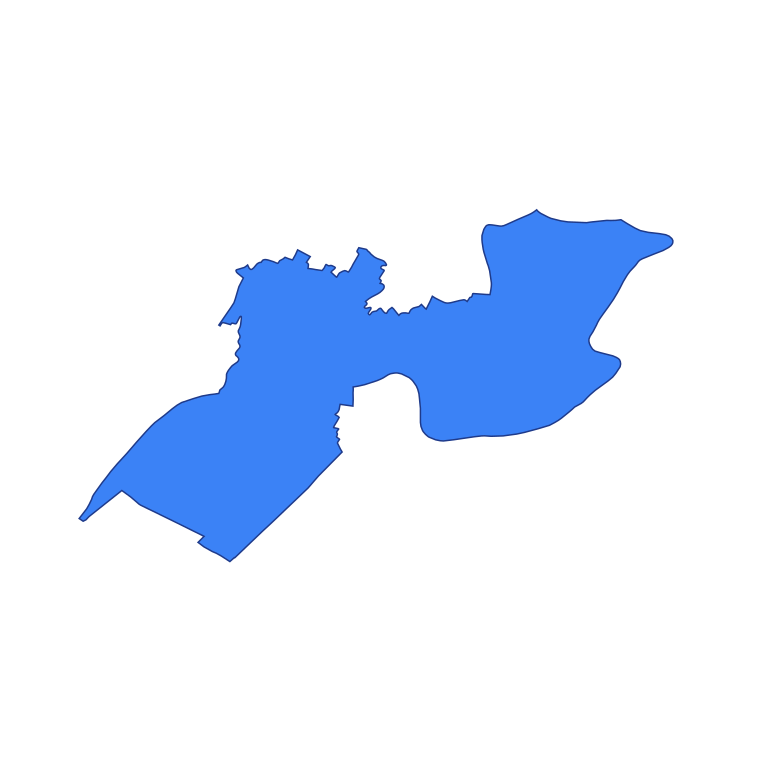 outline of Truc Ninh, Nam Định, Vietnam, rotated 34°
{"feature_id": "81297802B30905014988311", "entity_name": "Truc Ninh", "entity_type": "district", "adm_level": 2, "iso_a3": "VNM", "parent_name": "Vietnam", "parent_adm1": "Nam Định", "projection": "robinson", "projection_center": [106.231, 20.244], "detail": "fine", "context": "isolated", "style": "filled", "palette": "blue", "viewbox_px": 768, "rotation_deg": 34, "n_neighbors": 0, "source": "geoboundaries", "source_scale": "gbopen_adm2", "svg_char_len": 6158}
<svg xmlns="http://www.w3.org/2000/svg" viewBox="0 0 768 768"><g transform="rotate(34 384 384)"><path d="M472.9,391.3L488.4,377.2L493.8,372.6L496.4,370.7L502.1,367.4L511.8,360.4L522.1,351.2L527.5,345.6L536.6,335.1L544.3,325.7L547.1,320.4L548.9,316.6L550.2,313.1L553.2,303.3L554.2,299.6L554.9,296.5L558.3,289.9L559.2,287.3L560.1,281.5L560.9,277.6L562.7,270.9L568.1,256.0L569.7,250.5L570.2,245.5L570.1,237.7L569.0,235.1L567.4,233.3L565.7,232.2L564.2,231.9L561.8,232.0L558.0,232.7L545.1,237.3L540.6,238.7L537.4,238.5L534.3,237.2L531.8,235.7L530.0,234.0L528.8,232.2L528.1,229.2L528.0,223.8L527.2,216.4L526.7,213.5L526.4,209.6L526.5,203.8L526.8,195.0L526.9,185.7L526.5,178.1L526.0,172.6L525.1,165.2L524.7,157.3L524.9,152.9L525.9,146.9L526.2,144.7L526.4,140.2L526.9,138.1L528.2,135.6L535.0,125.5L540.7,117.3L543.7,111.5L544.6,108.8L544.7,107.1L544.6,106.0L544.1,104.8L543.2,103.5L541.4,102.5L537.8,102.0L534.1,102.7L528.1,105.4L518.3,110.5L510.7,113.5L504.8,114.4L496.4,115.0L488.6,115.3L484.7,118.7L480.5,121.7L477.2,123.8L465.0,134.0L461.7,137.0L445.8,146.8L439.3,149.9L429.9,153.3L426.8,153.9L418.5,154.9L415.7,154.8L413.9,154.5L413.2,154.2L411.9,157.8L410.7,160.4L409.0,163.3L403.0,172.6L396.4,183.3L394.8,185.7L393.0,187.5L391.9,188.2L384.8,191.6L382.7,192.8L381.7,193.5L380.9,194.5L380.4,195.3L380.2,196.2L380.2,198.9L380.4,200.3L382.2,206.1L382.9,207.2L384.6,209.7L386.3,211.8L390.8,216.7L393.4,219.1L402.3,226.3L404.3,227.7L408.3,231.1L416.3,239.9L417.4,241.4L418.4,243.1L419.7,245.7L421.9,250.6L418.2,252.9L407.4,259.1L407.1,259.6L407.8,261.8L407.9,263.0L406.9,264.1L406.8,264.4L406.8,269.1L404.8,269.0L403.8,269.2L403.0,269.6L400.2,272.3L393.7,279.5L391.6,281.3L389.9,282.2L388.4,282.7L384.2,283.4L378.4,284.1L375.0,284.2L376.0,289.8L377.1,298.3L375.6,298.2L370.5,297.1L369.9,299.6L369.6,300.3L366.8,303.5L365.8,304.7L365.2,306.1L364.8,307.4L364.8,309.2L365.1,310.9L365.1,311.3L364.3,312.0L362.4,312.8L360.6,314.0L359.3,315.1L358.3,316.7L358.0,318.8L356.1,318.3L349.7,316.3L347.8,316.1L346.6,319.4L346.4,320.7L346.6,323.9L345.4,324.5L344.9,324.6L343.0,324.3L339.3,323.1L338.6,323.3L338.1,323.9L337.8,324.5L337.0,327.6L334.7,329.9L334.2,330.8L333.9,331.3L333.7,334.1L333.2,334.8L332.3,334.7L331.5,334.3L331.2,333.2L331.2,329.5L330.8,328.4L330.4,328.1L329.8,328.2L329.0,328.9L327.3,330.8L326.3,331.5L325.6,331.6L324.9,331.5L324.7,331.1L324.6,330.3L325.2,328.1L325.1,327.2L324.9,326.8L324.5,326.5L322.5,325.9L323.7,322.0L325.1,318.8L328.3,312.9L329.4,310.4L330.1,307.7L330.4,305.5L330.2,304.2L329.9,303.6L329.5,302.9L328.9,302.4L328.3,302.1L326.4,302.0L324.5,302.8L324.4,301.6L323.9,300.0L323.0,299.6L321.6,299.5L321.2,299.1L320.9,297.9L320.8,290.0L320.3,289.6L317.8,289.9L316.9,289.9L316.5,289.6L316.2,289.1L316.0,288.3L316.2,287.4L316.7,286.6L317.7,285.7L319.2,284.9L319.5,284.3L319.4,283.8L318.1,283.0L316.7,282.5L315.1,282.2L313.2,282.5L308.1,283.8L304.9,284.1L302.1,283.8L300.4,283.6L298.4,283.0L296.2,282.8L294.8,282.3L293.9,282.3L286.9,285.1L287.2,288.6L287.5,289.3L288.1,289.6L289.3,289.9L290.2,290.3L290.6,290.9L290.7,291.3L291.4,302.0L291.8,305.1L292.0,310.6L291.9,311.0L291.5,311.2L289.2,311.5L288.0,312.0L286.8,313.5L285.2,316.4L285.0,317.0L284.9,318.2L285.1,321.7L285.0,321.9L284.5,322.0L277.6,320.9L277.6,319.7L278.6,316.0L278.6,314.9L278.3,314.7L277.9,314.6L276.7,314.7L274.7,315.0L273.7,315.4L272.2,316.8L271.3,317.1L269.4,317.2L269.1,317.4L269.1,318.5L269.5,321.1L269.3,324.1L269.1,324.6L263.3,327.4L260.3,328.7L256.4,330.7L254.7,327.4L253.9,326.8L253.3,326.6L251.6,326.5L251.6,319.6L237.4,321.1L238.3,326.4L238.8,332.3L235.2,333.4L231.1,334.3L230.4,336.7L228.6,340.1L228.6,342.9L228.4,343.4L227.2,343.8L224.0,344.4L218.6,346.0L216.5,346.9L215.5,347.6L214.9,348.2L214.2,349.3L214.1,351.9L213.2,352.5L212.5,353.4L211.8,354.8L211.5,355.9L211.0,360.7L210.3,362.9L209.5,363.5L209.1,363.6L207.5,363.4L204.4,361.6L203.7,363.8L203.0,365.5L198.0,371.6L197.8,372.0L197.8,372.6L198.6,373.4L199.4,373.8L200.8,374.1L208.1,374.7L209.3,384.5L213.2,396.8L214.2,400.6L214.3,406.1L214.1,427.5L215.6,427.5L215.5,424.9L215.8,423.6L216.0,423.2L218.6,422.2L223.6,420.6L223.7,418.9L223.9,418.7L224.5,418.2L226.8,417.4L227.3,417.1L227.6,416.8L227.7,415.5L227.0,409.4L227.0,408.7L227.4,408.0L227.7,407.9L228.1,408.0L229.3,409.8L232.0,415.1L232.7,416.9L233.1,418.9L233.4,421.2L233.8,421.9L234.4,422.6L237.6,424.6L238.4,425.6L238.7,426.5L239.1,429.8L239.4,430.4L240.0,431.0L240.8,431.5L242.8,432.5L243.7,433.5L244.0,434.7L244.0,435.4L243.6,438.5L243.6,440.9L243.7,441.5L244.1,442.3L244.8,442.9L245.5,443.2L246.8,443.3L248.6,443.8L249.4,444.3L250.0,445.1L250.3,446.2L250.1,447.9L247.9,453.7L247.6,456.1L247.4,459.6L247.5,461.3L247.7,462.8L248.0,464.0L250.1,467.3L251.4,470.2L252.3,473.6L252.5,476.1L252.2,477.6L251.3,480.6L251.4,481.2L252.0,482.9L252.3,484.2L249.3,487.0L245.8,490.0L239.8,495.8L234.3,502.5L226.6,512.5L224.3,517.3L222.3,523.0L219.3,533.2L215.6,544.1L214.6,548.8L213.3,556.6L211.3,571.1L209.6,585.6L207.5,599.4L206.4,609.4L206.0,617.0L205.5,623.6L205.1,637.5L205.3,640.3L206.1,643.1L206.9,648.6L207.3,653.6L206.5,666.0L211.3,666.0L212.9,663.2L213.4,659.9L213.7,658.5L226.2,618.9L237.2,619.3L248.2,620.6L250.3,620.5L282.9,615.9L320.0,610.9L318.4,619.3L325.8,619.7L335.4,618.9L339.5,618.1L345.2,617.6L355.5,617.4L357.0,611.7L357.3,611.7L357.5,611.3L365.5,574.4L368.9,559.8L379.2,512.7L381.1,496.9L387.3,463.8L384.2,462.3L378.6,459.1L378.3,458.6L378.1,458.1L378.1,454.8L377.8,454.6L374.5,454.5L374.1,454.3L374.0,453.4L373.5,451.8L373.2,451.4L371.9,450.7L371.5,450.0L371.6,446.7L371.0,446.6L366.7,448.3L366.5,448.2L366.4,448.0L366.1,445.9L365.9,440.9L365.5,436.8L364.3,436.5L361.1,436.7L360.5,436.5L360.8,435.3L361.3,434.0L361.4,432.4L361.1,430.3L359.5,426.7L359.0,425.4L370.6,419.7L367.2,414.2L363.2,408.5L361.8,406.1L360.1,403.7L363.8,400.2L368.4,395.3L376.3,385.2L378.4,382.0L379.9,379.4L382.3,374.0L383.7,371.8L386.3,369.3L387.9,368.0L389.3,367.2L392.9,365.8L401.4,364.6L404.6,365.0L406.6,365.5L411.8,367.5L414.8,369.4L418.4,372.5L421.2,375.8L427.8,383.8L435.7,395.5L438.4,398.5L442.1,401.1L443.6,401.7L446.5,402.5L449.7,402.9L451.0,402.9L458.0,401.4L462.3,399.6L465.1,398.0L472.9,391.3Z" fill="#3b82f6" stroke="#1e3a8a" stroke-width="1.5"/></g></svg>